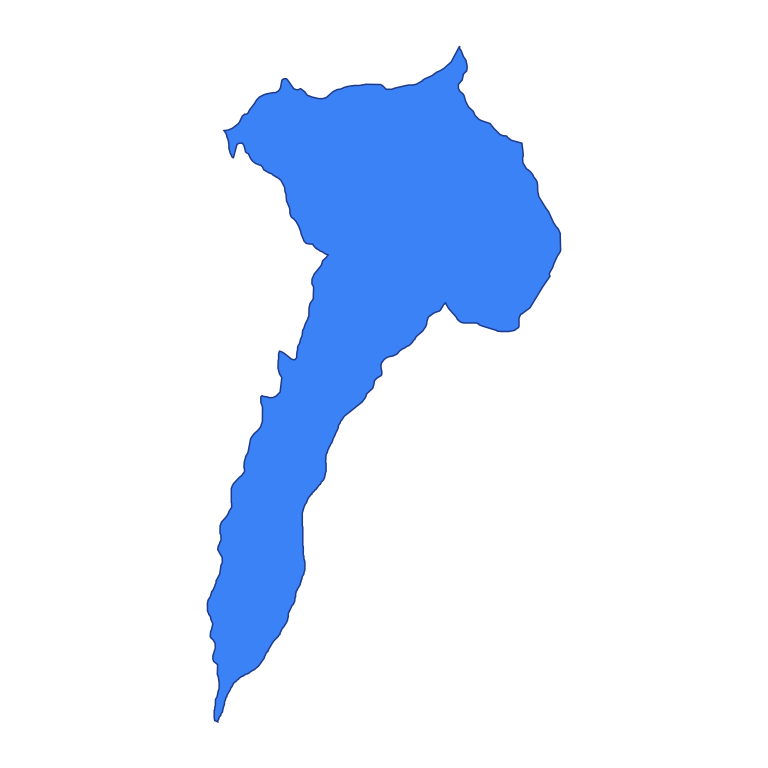 outline of Sarchi, Alajuela, Costa Rica
{"feature_id": "36466004B48608079710211", "entity_name": "Sarchi", "entity_type": "district", "adm_level": 2, "iso_a3": "CRI", "parent_name": "Costa Rica", "parent_adm1": "Alajuela", "projection": "robinson", "projection_center": [-84.309, 10.161], "detail": "fine", "context": "isolated", "style": "filled", "palette": "blue", "viewbox_px": 768, "rotation_deg": 0, "n_neighbors": 0, "source": "geoboundaries", "source_scale": "gbopen_adm2", "svg_char_len": 6056}
<svg xmlns="http://www.w3.org/2000/svg" viewBox="0 0 768 768"><path d="M521.9,143.2L511.5,140.3L508.2,138.0L506.5,136.0L502.8,135.7L499.9,134.4L494.0,128.5L490.0,123.5L481.3,120.6L478.9,119.3L475.0,115.4L473.2,111.2L468.6,107.1L465.7,101.4L464.0,95.5L463.1,94.0L459.8,91.1L458.4,88.3L458.4,84.4L462.2,80.0L463.5,74.0L466.7,70.9L467.1,68.3L467.1,65.9L466.0,60.4L463.4,56.5L461.1,50.5L459.6,48.7L459.6,46.1L451.2,61.9L444.3,68.1L440.2,70.7L436.6,72.2L432.0,75.7L424.6,78.9L422.6,80.3L422.6,80.7L416.4,84.2L412.8,85.0L409.0,85.0L406.1,85.5L394.9,88.1L391.8,89.3L386.3,89.3L382.1,85.3L380.3,84.5L365.9,84.3L359.1,85.5L354.1,85.5L347.5,86.5L344.3,87.4L340.6,89.1L337.4,89.5L333.2,91.5L326.5,97.4L323.0,98.6L318.8,98.6L312.3,97.1L307.1,95.2L305.1,92.1L300.9,88.8L300.1,88.8L298.2,89.8L296.6,89.7L293.8,88.8L287.5,79.8L286.3,78.7L283.9,78.8L282.4,79.6L281.8,80.7L280.5,87.7L279.5,89.7L278.4,90.9L275.8,92.6L273.3,92.6L266.4,93.9L263.8,94.8L259.3,97.1L256.5,100.1L254.7,103.2L249.5,110.0L247.9,113.2L246.5,114.2L244.5,114.2L242.1,116.4L239.5,122.1L238.3,123.7L232.3,128.3L228.0,130.1L224.0,130.6L226.3,134.0L227.0,137.1L228.2,140.1L228.9,144.5L228.9,148.3L230.2,153.0L232.3,157.4L233.4,157.7L237.0,144.4L239.2,143.2L242.2,143.2L243.6,144.7L244.8,148.3L245.5,151.8L246.8,153.0L248.4,153.7L250.3,158.0L251.9,160.4L253.6,162.0L255.5,163.4L259.7,165.1L260.6,165.1L262.5,167.0L263.6,169.5L264.4,170.2L269.3,173.0L271.6,173.7L273.4,175.4L276.3,176.8L276.3,177.2L278.1,177.9L280.9,180.3L284.6,187.3L285.0,191.6L286.0,194.0L286.5,200.8L289.4,207.7L289.9,209.9L289.9,213.2L290.5,215.3L291.4,217.2L294.4,219.5L296.1,221.6L298.7,226.2L300.7,231.6L301.1,233.8L304.1,241.2L306.2,243.3L309.3,244.0L312.6,244.1L313.8,245.9L315.8,248.1L316.2,248.1L316.2,248.5L319.0,250.1L319.9,250.9L322.5,251.9L325.2,253.8L328.1,254.9L326.2,257.5L322.6,260.8L321.7,264.2L320.9,265.8L314.3,274.0L312.0,279.1L311.9,283.8L313.4,286.4L313.6,287.8L313.2,299.0L310.1,303.4L309.0,308.1L308.9,316.1L307.9,318.1L307.8,319.0L305.4,323.6L303.8,328.4L302.6,330.5L302.2,335.2L301.7,336.8L300.5,339.2L300.0,341.9L299.2,344.1L298.4,345.1L297.6,347.2L297.5,350.5L297.1,351.2L296.7,354.4L296.7,357.7L294.6,359.8L291.7,359.3L284.5,353.5L281.0,351.5L279.5,351.2L278.6,353.7L278.6,358.9L278.2,360.6L278.0,368.1L279.5,373.8L281.8,377.6L280.1,392.0L276.3,395.9L273.0,397.6L269.0,397.6L267.3,396.9L263.3,396.4L262.4,395.8L261.8,395.8L260.8,396.9L260.9,402.8L261.8,404.7L262.5,407.4L262.4,421.5L260.5,427.1L257.8,430.4L254.3,433.5L252.1,436.3L250.6,438.8L248.2,451.4L247.6,453.3L245.6,456.5L245.5,457.9L244.3,461.6L243.9,467.4L244.3,467.9L244.6,471.5L241.6,475.6L239.6,477.1L233.6,483.5L232.3,485.9L231.3,488.4L231.3,502.5L231.6,503.1L231.6,507.5L229.3,510.8L227.8,514.5L225.3,517.9L221.6,521.9L220.1,525.7L220.0,533.2L221.0,535.5L221.0,540.0L220.6,541.3L219.7,542.3L219.6,543.7L218.2,546.2L217.7,549.6L222.2,557.6L222.3,562.7L221.0,565.2L219.7,574.0L216.1,580.8L216.0,582.9L215.2,584.5L215.0,585.8L212.7,590.7L211.7,591.5L210.4,596.6L208.2,599.9L207.4,603.1L207.5,611.2L208.7,613.5L208.7,614.3L210.3,616.4L210.7,617.5L210.7,619.0L212.8,623.7L211.5,629.6L210.6,631.6L210.2,636.2L210.6,637.5L213.2,640.0L215.1,643.1L215.3,648.2L213.0,655.2L212.8,658.9L213.8,661.5L217.6,664.6L217.3,674.3L218.3,677.0L219.1,682.6L219.1,688.8L218.3,690.7L217.0,696.9L215.5,699.4L215.3,706.0L214.9,706.7L214.7,709.5L214.2,710.3L214.2,717.9L214.7,720.5L217.8,721.9L217.8,720.6L218.7,719.3L218.8,718.2L219.6,716.6L220.9,715.2L220.9,714.1L221.4,713.2L222.4,712.0L223.2,708.0L224.5,704.0L224.5,701.7L225.5,699.7L225.8,697.6L226.7,697.0L227.2,694.8L230.2,689.8L230.7,688.1L231.4,687.6L233.7,683.0L236.2,681.2L237.4,679.8L238.3,679.4L239.6,677.7L240.4,677.5L241.8,676.3L242.8,676.2L246.2,674.0L247.2,674.0L249.6,672.6L250.3,671.8L254.7,669.3L258.8,665.8L264.4,657.8L264.4,656.6L265.1,655.8L265.8,653.7L267.0,651.9L268.0,651.4L268.1,650.3L272.2,643.3L273.8,640.9L278.2,636.5L279.1,634.9L279.9,634.5L280.0,633.4L282.2,628.5L283.7,626.9L286.4,622.7L287.6,620.0L287.8,617.8L288.3,616.9L288.3,613.4L292.3,605.1L293.2,604.5L294.8,601.0L295.0,597.6L295.6,597.0L295.6,593.6L296.1,592.6L296.1,591.5L297.1,590.3L297.9,588.3L300.2,584.6L300.2,583.4L300.7,582.8L300.7,581.7L301.2,581.1L301.3,579.9L301.8,579.4L302.3,576.5L303.9,574.0L303.9,572.9L304.9,569.9L304.9,561.8L303.9,558.6L303.9,556.3L303.3,554.6L303.3,546.5L302.8,545.9L302.8,527.3L302.3,525.6L302.3,512.8L303.3,509.8L303.3,508.6L303.9,508.0L303.9,506.9L304.8,505.6L304.9,504.6L306.3,502.9L308.3,497.9L311.2,494.5L312.0,494.0L312.1,493.0L314.0,491.4L314.9,489.9L315.8,489.7L319.4,484.7L320.4,484.2L321.3,482.1L323.3,480.1L324.6,477.5L325.6,472.0L326.1,471.5L326.1,463.3L325.6,462.4L326.1,454.4L327.2,452.6L328.0,449.5L328.7,448.7L328.8,447.6L330.3,445.4L330.8,443.7L331.6,443.1L332.8,440.1L332.9,439.0L335.0,435.2L335.7,433.1L337.3,430.1L338.1,428.1L338.7,424.9L340.1,423.1L340.7,421.0L341.5,420.4L344.3,416.2L362.0,402.1L365.5,397.5L366.7,393.8L372.7,388.3L373.9,384.3L374.4,380.9L376.8,378.2L380.8,375.8L381.7,374.8L381.9,371.9L381.0,367.8L381.0,365.6L381.3,363.4L382.3,361.9L384.3,359.3L386.2,357.9L388.5,356.8L392.9,356.0L396.8,354.2L400.0,350.6L402.0,349.2L405.5,347.5L406.5,346.5L408.9,345.6L411.0,343.8L412.7,341.9L413.2,340.7L414.7,339.4L416.3,336.5L422.5,331.2L425.7,326.7L426.7,324.0L426.8,321.8L428.3,317.1L434.5,312.6L439.3,311.1L441.0,309.5L441.0,308.8L442.2,307.4L443.1,305.4L445.4,302.9L448.6,308.5L456.3,317.2L457.2,319.1L459.5,321.4L461.6,322.5L464.1,323.0L476.7,323.0L477.8,323.7L478.5,323.7L479.1,324.7L481.8,325.9L496.4,330.4L497.4,331.1L500.7,331.5L508.6,331.5L514.4,330.4L518.6,327.4L519.0,326.3L519.0,318.2L520.3,315.0L521.0,314.0L521.6,314.0L530.0,307.8L542.6,287.0L550.0,276.2L549.3,274.4L549.6,272.8L552.6,267.6L554.0,263.4L557.6,255.7L559.7,252.6L560.6,250.6L560.2,233.3L558.2,228.8L556.1,226.6L553.5,222.6L548.6,211.7L545.7,207.8L538.9,196.8L537.7,191.3L537.6,185.1L537.0,181.6L535.3,178.8L533.9,177.3L532.9,174.9L531.9,173.5L529.6,170.9L526.4,168.7L522.9,162.7L522.6,158.0L523.2,156.1L523.2,153.7L521.9,143.2Z" fill="#3b82f6" stroke="#1e3a8a" stroke-width="1.5"/></svg>